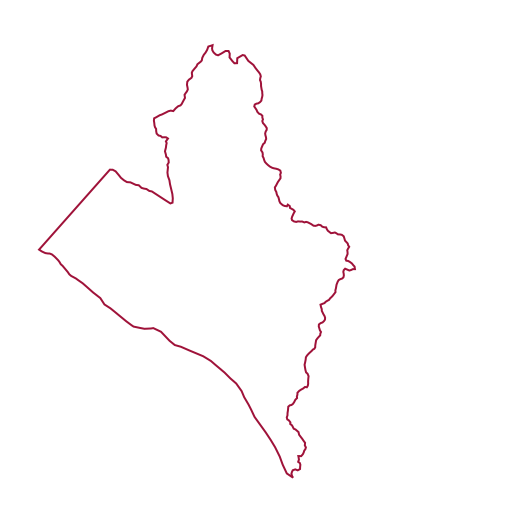 Tucuruí, Pará, Brazil (Robinson projection), rotated 131°
{"feature_id": "56859067B45116319118579", "entity_name": "Tucuruí", "entity_type": "district", "adm_level": 2, "iso_a3": "BRA", "parent_name": "Brazil", "parent_adm1": "Pará", "projection": "robinson", "projection_center": [-49.877, -3.798], "detail": "fine", "context": "isolated", "style": "outline", "palette": "rose", "viewbox_px": 512, "rotation_deg": 131, "n_neighbors": 0, "source": "geoboundaries", "source_scale": "gbopen_adm2", "svg_char_len": 5216}
<svg xmlns="http://www.w3.org/2000/svg" viewBox="0 0 512 512"><g transform="rotate(131 256 256)"><path d="M201.0,172.7L199.3,174.7L199.1,176.6L198.7,178.8L198.9,181.3L199.3,183.2L200.3,184.8L199.5,186.5L195.9,187.7L194.4,188.2L193.0,189.5L191.8,190.9L189.8,191.4L187.9,191.7L187.5,193.4L186.4,195.0L186.2,196.8L186.0,198.9L184.7,200.9L183.6,202.7L183.7,205.1L184.6,206.7L185.9,208.3L186.1,210.2L186.5,211.9L187.9,212.9L189.6,214.4L189.8,218.4L189.2,220.3L188.4,221.9L189.6,223.4L190.4,225.2L190.3,227.4L191.4,229.4L192.9,230.0L194.3,230.9L195.4,232.5L195.7,235.3L196.6,239.0L197.4,240.6L198.9,241.5L199.7,243.8L201.0,245.2L202.3,247.0L203.9,248.0L205.0,250.0L205.3,252.3L204.4,253.7L202.7,254.5L199.3,255.5L196.9,256.0L196.6,258.1L197.4,261.9L196.2,263.2L196.4,265.7L198.2,265.3L199.5,267.3L200.1,269.2L200.1,272.4L199.3,274.3L198.1,275.9L196.9,277.7L196.4,279.6L195.5,281.2L194.4,282.6L193.5,284.9L191.8,286.8L190.0,287.0L185.9,288.0L181.3,288.5L179.8,289.7L178.7,291.2L176.9,291.8L175.6,293.7L176.0,296.0L176.9,298.0L178.0,299.9L178.8,301.6L179.4,304.2L179.5,306.6L179.4,309.0L179.1,311.1L178.1,313.0L177.1,314.5L176.3,316.5L174.9,317.5L173.6,319.0L172.9,321.5L171.3,322.6L169.2,323.3L167.0,324.0L164.8,323.7L163.1,324.5L161.0,325.1L159.8,326.4L158.7,328.1L157.5,329.5L155.6,330.4L153.8,330.7L152.4,331.8L151.8,333.8L151.4,335.6L151.1,338.0L150.0,339.8L148.3,340.4L147.4,342.0L146.0,343.2L145.9,345.2L146.6,347.0L146.3,349.6L145.4,351.4L144.8,353.5L144.3,355.4L142.5,356.3L140.7,355.6L139.4,354.5L137.2,353.9L135.2,353.9L133.8,354.8L131.7,355.8L130.3,356.7L129.1,358.0L127.7,359.3L126.8,360.8L124.4,363.7L122.7,365.2L121.4,366.7L120.6,368.4L118.9,369.5L117.3,370.2L116.1,372.0L115.5,374.1L115.1,376.5L114.5,379.6L113.5,383.3L113.8,389.8L112.1,396.1L113.1,397.9L119.0,399.9L122.9,396.8L124.7,398.7L124.4,401.7L123.5,406.2L120.5,408.6L119.3,411.2L121.3,413.5L125.7,414.9L129.4,416.3L130.3,418.4L130.2,421.5L129.4,423.9L128.1,425.4L125.4,427.1L129.2,429.4L132.5,428.1L135.7,427.5L138.4,427.4L141.6,426.6L144.0,425.2L145.6,425.2L149.7,426.0L152.0,425.3L155.1,425.3L158.3,425.2L159.9,424.6L162.1,422.1L163.8,421.6L165.3,421.9L166.9,422.3L169.5,422.2L172.1,420.4L174.0,417.9L175.1,416.7L177.2,416.1L178.9,416.0L181.2,415.7L183.3,413.3L185.8,412.8L188.0,412.3L190.1,411.8L191.9,411.8L194.0,413.0L197.3,413.5L200.9,413.5L202.2,415.7L204.2,417.1L207.2,418.3L211.0,419.9L212.9,421.0L216.7,422.3L218.9,423.2L220.9,421.8L222.3,420.1L224.1,418.2L225.1,416.6L225.6,414.8L227.3,413.2L228.8,411.3L229.0,408.6L228.0,406.8L228.0,404.6L226.5,403.1L225.4,401.7L225.1,399.5L228.6,399.2L229.4,397.5L231.1,396.6L233.3,395.1L236.7,393.4L238.6,390.5L240.0,388.9L239.9,386.5L240.9,385.0L242.7,383.2L245.4,382.7L246.7,380.7L251.1,377.6L253.5,374.9L255.6,371.1L258.3,367.9L261.3,363.7L264.1,359.8L267.1,356.6L270.5,354.0L272.5,355.1L273.5,361.8L275.6,377.0L276.9,379.2L277.3,382.6L278.7,384.9L279.7,387.1L279.5,390.9L281.2,393.4L282.8,399.1L284.9,401.9L285.5,405.4L285.6,409.3L285.0,412.4L284.2,417.5L284.9,420.7L286.7,422.9L371.5,423.7L393.5,423.9L393.1,420.8L392.6,418.9L392.0,416.9L390.7,414.8L389.5,413.3L388.7,411.1L388.6,407.6L388.8,404.9L389.0,402.5L389.4,400.5L390.3,397.9L390.3,395.6L391.6,387.5L392.3,384.9L392.3,382.4L391.7,379.8L391.1,377.1L390.9,374.5L390.3,369.0L390.3,365.8L390.4,354.9L389.9,345.9L392.0,338.6L391.0,331.6L390.9,329.1L390.4,311.1L389.9,304.5L389.6,302.1L386.2,296.0L384.1,292.4L379.6,287.7L377.8,286.2L375.5,278.0L376.7,265.5L376.5,258.9L373.8,253.2L371.0,244.3L366.3,230.1L365.2,223.6L364.8,221.0L364.8,217.7L364.8,215.8L364.6,203.3L365.2,195.0L365.2,187.3L367.4,178.2L370.3,172.3L373.0,164.2L375.1,159.0L378.4,151.5L382.8,132.8L385.2,124.2L387.8,116.1L391.8,106.5L394.3,102.0L396.0,98.9L399.9,90.1L399.0,82.6L398.4,84.4L397.1,86.4L395.4,87.2L393.6,87.7L391.3,86.4L390.4,83.9L387.9,83.0L386.4,84.2L384.4,85.6L383.5,87.1L383.7,89.1L381.5,90.0L380.3,91.4L379.2,92.8L377.4,90.6L374.8,90.6L373.0,91.1L371.2,91.9L369.4,92.0L367.7,92.8L366.9,94.9L364.8,96.4L364.2,99.1L363.6,101.3L363.2,103.4L362.6,106.2L361.0,108.4L361.0,112.4L361.6,114.2L360.9,115.9L360.2,117.7L360.3,120.0L359.0,120.9L358.5,123.4L358.8,125.2L357.6,126.9L355.6,127.7L353.8,129.2L351.7,130.5L348.5,132.8L346.5,132.5L345.2,131.5L343.5,131.1L341.4,131.3L338.6,132.0L336.3,131.8L335.2,133.0L333.6,133.7L332.0,135.0L329.4,134.9L327.2,134.3L325.1,133.5L322.7,133.1L321.7,131.5L319.9,131.8L318.2,132.8L316.6,134.3L314.5,135.9L312.2,137.5L311.0,139.9L311.0,141.8L309.6,143.9L307.8,146.1L306.2,148.0L304.1,149.1L301.7,150.5L299.7,151.9L297.7,152.2L296.1,152.2L294.3,152.1L292.7,151.9L290.8,151.7L289.3,151.7L287.8,151.1L286.1,151.4L284.5,152.7L280.1,155.4L278.0,155.6L275.9,155.6L273.8,155.5L272.4,156.5L270.7,157.1L270.2,158.9L268.0,162.4L266.4,163.6L264.3,163.2L262.5,162.2L260.5,162.0L258.8,162.2L257.3,163.3L256.4,164.8L255.7,166.9L254.2,170.4L252.9,171.6L251.9,173.4L250.4,175.4L248.2,174.3L246.6,173.4L245.0,173.4L243.0,172.8L241.2,172.1L239.4,172.3L237.6,172.1L235.8,172.0L231.1,172.3L229.8,173.6L228.1,174.4L224.8,176.4L221.7,177.5L219.9,177.8L218.2,177.2L216.5,176.2L214.8,176.0L213.1,176.9L211.9,178.1L210.7,179.7L209.1,180.5L207.1,180.4L205.7,176.0L204.1,175.0L202.4,174.3L201.0,172.7Z" fill="none" stroke="#9f1239" stroke-width="2"/></g></svg>